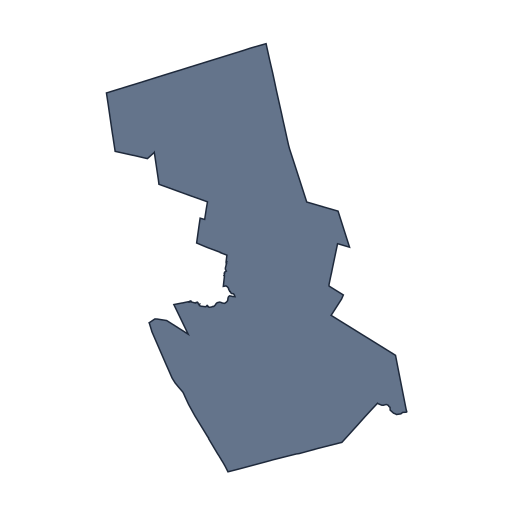 Sabinas, Coahuila, Mexico (Equal Earth projection), rotated 349°
{"feature_id": "50627088B51623896111696", "entity_name": "Sabinas", "entity_type": "district", "adm_level": 2, "iso_a3": "MEX", "parent_name": "Mexico", "parent_adm1": "Coahuila", "projection": "equal_earth", "projection_center": [-101.198, 27.94], "detail": "fine", "context": "isolated", "style": "filled", "palette": "slate", "viewbox_px": 512, "rotation_deg": 349, "n_neighbors": 0, "source": "geoboundaries", "source_scale": "gbopen_adm2", "svg_char_len": 4380}
<svg xmlns="http://www.w3.org/2000/svg" viewBox="0 0 512 512"><g transform="rotate(349 256 256)"><path d="M304.8,455.3L324.0,440.9L332.0,434.8L340.3,428.7L347.2,423.7L347.7,424.3L350.9,426.4L352.5,426.8L355.2,426.6L356.0,426.8L357.4,427.9L357.8,429.1L358.7,430.1L358.5,431.5L358.3,432.9L361.0,436.5L362.9,437.7L363.6,438.4L368.1,438.6L369.8,437.7L370.2,437.5L370.7,437.6L373.6,438.0L374.3,437.7L374.1,435.3L374.0,398.0L374.0,380.1L318.4,328.6L331.7,314.7L334.3,310.9L322.0,299.5L322.1,298.3L322.3,297.8L325.4,290.4L326.4,288.1L326.9,287.0L328.4,283.3L338.4,259.5L339.3,259.9L349.5,265.2L347.5,248.2L345.1,227.6L331.6,220.7L321.2,215.3L316.1,212.7L313.8,193.5L312.4,181.9L310.9,169.6L309.4,157.5L309.1,153.3L308.9,146.4L308.6,134.3L308.4,127.9L308.3,121.9L307.6,97.0L307.5,89.7L307.3,79.3L307.1,74.3L306.8,66.0L306.4,49.5L294.4,50.5L289.9,50.9L283.9,51.7L274.9,52.7L265.7,53.7L257.5,54.6L246.4,55.8L236.4,56.9L226.3,58.0L215.9,59.2L215.6,59.2L205.3,60.3L194.4,61.5L183.0,62.8L169.5,64.3L163.4,64.9L162.7,65.0L151.5,66.2L140.3,67.4L139.8,79.4L138.9,98.0L138.4,108.7L138.3,112.4L138.2,114.2L137.7,126.4L154.7,133.8L155.4,134.0L155.8,134.2L168.0,139.7L175.4,135.2L175.8,135.0L175.9,134.9L175.8,138.3L174.7,162.7L174.4,167.1L193.4,178.5L203.9,184.8L217.1,192.6L218.7,193.6L216.1,200.5L212.6,210.3L210.5,209.3L208.4,208.2L205.9,215.3L204.0,220.8L200.2,231.9L204.5,234.8L207.6,236.9L210.7,238.9L221.5,245.5L221.9,245.8L221.8,246.0L227.6,249.6L226.6,252.7L225.5,256.1L226.2,256.1L225.2,258.0L225.3,258.1L225.5,258.1L225.4,258.3L223.8,261.6L223.7,261.8L223.4,263.0L223.5,263.3L223.6,263.8L224.0,265.2L223.4,265.4L223.2,265.5L222.7,265.6L222.5,265.8L222.1,265.9L222.0,266.0L221.5,267.1L221.7,267.3L221.4,267.5L221.4,268.4L221.4,268.6L221.4,268.8L221.1,269.0L220.8,269.1L221.0,269.6L221.1,269.9L221.1,270.0L218.1,279.6L219.9,279.6L220.3,279.6L220.5,279.6L220.8,279.7L220.9,279.8L221.0,279.8L221.2,280.0L221.3,280.0L222.1,281.0L222.4,281.4L222.4,281.5L222.5,281.6L222.5,281.8L222.6,282.0L222.7,282.3L222.8,282.4L222.8,282.5L222.9,282.8L222.9,283.0L222.8,283.3L222.8,283.5L222.9,283.9L223.3,284.9L223.3,285.0L223.4,285.3L223.4,285.5L223.5,285.5L223.6,285.8L223.7,286.0L223.8,286.0L223.9,286.3L224.0,286.3L224.0,286.5L224.1,286.8L224.2,287.0L224.3,287.1L224.3,287.4L224.6,287.9L224.9,288.2L225.1,288.2L225.3,288.3L225.6,288.4L225.8,288.4L225.9,288.5L226.1,288.5L226.4,288.6L226.8,288.9L227.1,289.7L227.4,290.2L227.4,291.0L227.6,291.9L227.2,291.8L225.0,291.2L223.9,290.6L223.2,290.4L222.8,290.1L222.3,290.1L221.8,290.4L221.3,290.7L220.6,291.7L220.4,292.3L220.2,292.7L220.1,293.3L219.9,293.7L219.9,293.8L219.8,294.0L219.7,294.1L219.6,294.3L219.5,294.5L219.4,294.6L219.2,294.8L218.1,295.7L217.8,295.8L217.7,295.8L217.4,296.0L217.1,296.0L216.5,296.4L216.0,296.5L215.7,296.4L215.2,296.2L214.7,296.0L214.3,295.8L213.7,295.6L213.5,295.4L213.4,295.3L213.2,295.2L212.9,295.0L212.8,294.9L211.5,294.3L209.6,294.4L209.1,294.4L208.1,294.9L207.7,295.2L206.8,296.2L205.6,297.1L205.1,297.3L204.9,297.5L204.6,297.5L204.5,297.3L204.2,297.2L203.5,297.4L202.3,297.6L201.2,297.5L200.5,297.5L200.0,297.2L199.4,296.4L199.2,296.0L199.0,296.4L198.9,296.3L198.4,295.3L197.1,296.2L196.5,296.1L193.2,295.0L192.8,295.0L191.0,293.9L191.0,293.5L191.5,292.5L190.6,292.6L190.1,291.6L190.1,290.7L189.6,290.1L188.2,290.2L187.9,290.7L187.1,290.4L183.8,288.8L183.6,287.8L183.1,287.6L182.2,287.8L182.2,288.0L182.2,288.5L181.6,288.5L181.7,288.1L180.4,288.0L178.6,288.0L177.2,288.0L174.9,288.1L174.5,288.0L170.1,288.0L169.8,288.0L167.6,288.0L166.4,288.0L166.1,288.0L174.5,319.8L156.0,302.3L146.9,299.0L144.7,298.5L138.3,301.2L138.5,301.7L139.4,310.6L143.5,329.2L146.9,344.6L147.3,346.4L147.9,348.9L150.3,359.6L150.5,360.2L151.1,361.8L151.8,363.6L151.9,363.8L152.4,365.2L152.6,365.6L153.4,367.0L154.4,368.9L155.7,371.2L157.3,374.0L158.3,375.8L158.9,378.0L159.4,380.3L161.5,388.8L165.6,401.6L165.9,402.3L171.9,418.4L174.2,424.6L174.5,424.9L174.7,425.1L174.6,426.2L180.6,442.9L181.4,444.8L181.5,445.0L181.8,445.9L182.1,446.8L182.3,447.3L182.5,447.7L182.9,448.9L183.1,449.6L183.4,450.4L183.8,451.2L184.1,452.1L184.4,452.9L184.5,453.3L184.7,453.9L185.1,454.8L185.1,455.1L185.3,455.7L185.5,456.2L185.7,456.9L185.8,457.2L186.6,460.0L187.3,462.5L194.3,462.1L199.2,461.8L226.5,459.9L229.0,459.7L230.6,459.6L232.5,459.4L233.8,459.3L257.9,458.0L260.6,458.2L280.1,456.7L304.8,455.3Z" fill="#64748b" stroke="#1e293b" stroke-width="1.5"/></g></svg>